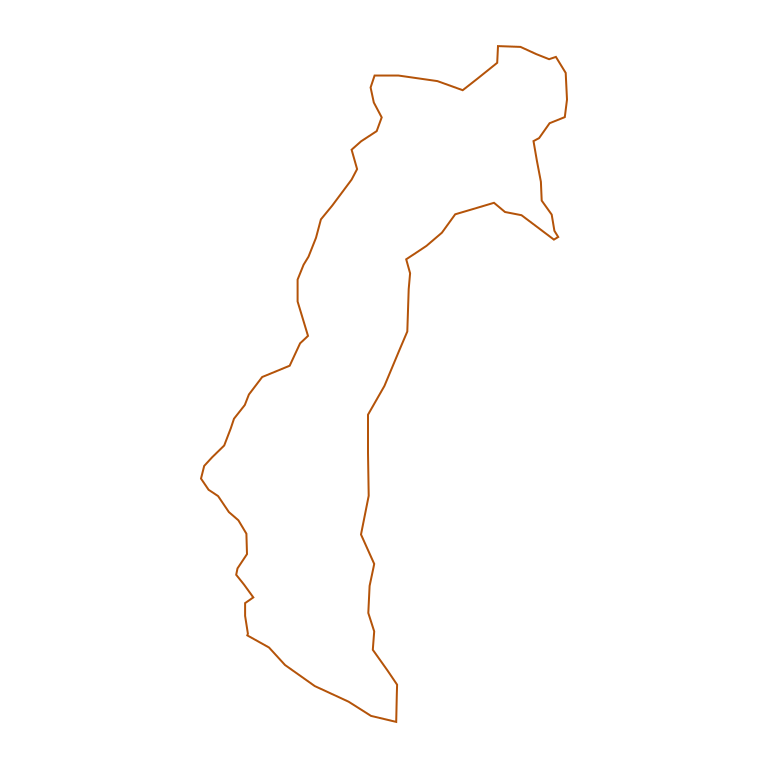 outline of Korfi, Limassol, Cyprus
{"feature_id": "46923920B18588389508045", "entity_name": "Korfi", "entity_type": "district", "adm_level": 2, "iso_a3": "CYP", "parent_name": "Cyprus", "parent_adm1": "Limassol", "projection": "mercator", "projection_center": [32.963, 34.789], "detail": "fine", "context": "isolated", "style": "outline", "palette": "amber", "viewbox_px": 768, "rotation_deg": 0, "n_neighbors": 0, "source": "geoboundaries", "source_scale": "gbopen_adm2", "svg_char_len": 1288}
<svg xmlns="http://www.w3.org/2000/svg" viewBox="0 0 768 768"><path d="M374.6,75.5L370.6,87.5L373.8,102.5L381.7,117.4L376.7,131.1L361.1,141.3L351.6,149.7L357.1,169.1L351.6,179.6L332.3,205.5L320.9,219.4L316.0,237.8L308.5,256.7L303.6,264.7L297.6,279.6L297.6,301.5L308.0,335.9L300.1,343.3L289.7,365.7L262.2,377.0L248.9,394.5L244.8,405.0L234.0,418.7L230.8,428.3L224.2,445.5L212.1,457.3L204.2,465.9L201.0,478.6L208.6,489.8L218.1,496.1L228.9,512.1L238.4,520.3L246.4,533.7L247.0,554.1L237.5,568.4L236.2,574.8L244.1,584.7L253.3,597.4L245.1,603.1L245.1,615.9L247.9,633.7L247.3,635.4L269.0,647.5L285.0,665.0L314.8,686.1L348.6,701.7L371.0,715.9L396.2,721.9L396.8,694.8L397.1,684.7L387.5,670.5L372.8,649.8L374.2,631.4L368.3,613.0L369.6,585.9L373.6,567.0L374.2,563.9L361.0,534.5L368.7,495.8L368.0,452.8L368.0,414.7L384.4,386.0L399.4,350.1L407.3,331.5L408.7,289.1L410.1,273.3L406.2,259.3L426.3,246.0L441.9,232.7L455.2,214.3L472.5,209.2L494.0,202.8L505.0,212.0L521.5,215.2L553.9,239.6L558.2,237.0L554.4,230.8L551.7,214.6L541.7,200.6L540.9,181.8L536.9,160.8L533.5,141.1L539.1,138.1L549.6,123.2L564.8,117.1L567.0,99.6L565.7,72.9L555.9,56.9L549.1,59.2L536.0,54.0L520.5,46.9L498.0,46.1L497.2,62.8L477.4,78.7L462.7,90.2L437.4,81.1L398.2,75.5L374.6,75.5Z" fill="none" stroke="#b45309" stroke-width="2"/></svg>